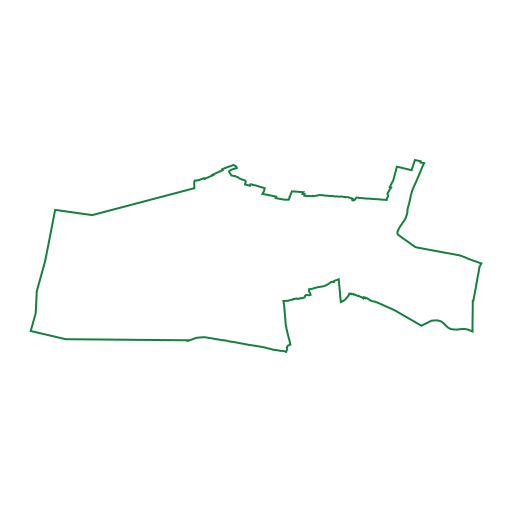 outline of Castricum, Noord-Holland, Netherlands
{"feature_id": "6326949B28698094502949", "entity_name": "Castricum", "entity_type": "district", "adm_level": 2, "iso_a3": "NLD", "parent_name": "Netherlands", "parent_adm1": "Noord-Holland", "projection": "natural_earth1", "projection_center": [4.708, 52.56], "detail": "fine", "context": "isolated", "style": "outline", "palette": "green", "viewbox_px": 512, "rotation_deg": 0, "n_neighbors": 0, "source": "geoboundaries", "source_scale": "gbopen_adm2", "svg_char_len": 5890}
<svg xmlns="http://www.w3.org/2000/svg" viewBox="0 0 512 512"><path d="M414.9,160.1L411.6,170.2L400.1,167.4L398.6,167.1L396.8,166.8L395.9,170.6L393.3,180.2L389.8,187.0L390.5,187.1L391.3,187.5L391.2,187.7L390.7,188.3L390.3,188.7L389.6,189.6L389.2,190.5L389.1,190.9L388.9,191.3L388.7,191.7L387.8,192.7L387.7,193.0L387.5,193.7L387.6,194.3L388.1,195.4L388.2,195.9L388.2,196.2L388.1,196.5L387.5,197.4L387.0,198.3L387.0,198.6L386.8,198.9L386.7,199.9L382.9,199.7L380.0,199.4L374.9,199.1L368.3,198.6L365.7,198.5L362.9,198.2L360.9,198.1L359.5,198.0L358.5,197.7L357.7,197.5L357.4,197.5L357.1,197.5L356.8,197.6L356.2,198.0L355.9,198.3L355.0,199.5L354.1,200.2L352.4,200.4L352.2,199.9L352.1,199.4L352.2,199.2L352.6,198.7L352.4,198.6L350.5,198.0L348.2,197.2L346.8,197.1L345.3,197.1L343.4,196.8L342.1,196.5L339.4,196.7L336.3,196.4L335.5,196.5L334.2,196.3L331.6,195.9L329.4,196.0L327.5,195.7L325.2,195.7L324.0,195.4L322.1,195.1L321.5,195.2L319.3,195.0L318.8,195.1L318.5,195.2L318.0,195.4L315.5,195.8L314.1,196.1L313.7,196.1L312.6,195.8L312.2,196.2L308.3,196.0L304.4,195.8L304.6,194.1L302.6,194.0L303.5,192.2L292.0,191.3L290.3,195.3L289.9,196.4L289.7,196.7L289.8,196.8L288.7,199.7L285.0,199.7L283.5,199.5L281.4,199.2L275.9,198.1L275.6,198.0L276.1,196.6L268.3,195.0L262.5,193.9L263.6,192.0L264.2,190.5L264.3,190.0L264.6,188.1L262.7,187.6L258.6,186.4L257.6,185.9L253.5,185.0L250.6,184.2L250.4,184.3L250.2,184.9L250.1,185.7L250.0,185.8L249.9,185.8L248.3,185.3L245.0,184.4L245.2,183.7L245.4,182.9L245.8,181.6L245.3,180.8L245.0,180.5L241.9,179.4L240.5,178.9L239.5,178.4L238.9,178.0L237.9,177.3L235.2,176.2L231.4,175.5L231.1,174.8L230.1,173.5L229.5,172.6L229.2,171.9L229.1,171.3L229.2,171.2L231.3,169.8L232.0,169.5L235.0,168.5L235.7,168.4L236.1,168.3L236.8,168.0L236.7,167.8L236.2,166.5L235.1,165.8L233.6,165.0L227.1,167.3L223.2,168.8L222.4,169.2L222.2,169.3L222.3,169.6L222.7,170.1L212.5,174.8L213.0,175.2L204.6,178.9L204.2,178.2L199.8,179.7L198.9,180.2L198.6,180.3L198.2,180.1L196.0,180.7L195.5,180.7L194.6,180.6L194.5,180.8L194.3,182.8L194.2,183.5L194.1,184.0L194.2,184.4L194.4,185.3L194.4,185.7L194.3,186.2L194.3,186.9L194.3,188.2L92.2,215.1L55.2,209.9L54.8,211.6L49.8,237.4L45.1,261.3L36.8,291.2L35.7,313.3L30.7,331.0L65.6,339.2L189.3,340.3L189.2,340.4L189.6,340.3L193.0,339.1L195.0,338.3L196.3,337.9L198.3,337.6L201.1,337.4L203.9,337.2L204.7,337.2L209.5,338.0L211.9,338.4L216.6,339.2L218.0,339.5L218.7,339.5L219.2,339.6L221.4,340.1L222.7,340.1L224.5,340.4L225.6,340.5L228.1,341.1L232.0,341.9L233.4,341.9L233.9,342.0L238.3,342.9L238.6,343.0L241.0,343.4L242.0,343.5L245.4,344.2L246.4,344.3L248.0,344.8L249.4,344.9L259.6,346.5L261.5,346.9L262.2,347.1L263.4,347.2L264.8,347.5L267.4,348.2L271.5,349.2L272.1,349.4L273.5,349.8L278.3,350.4L280.2,350.8L283.4,351.0L285.1,351.5L285.8,351.8L286.2,351.9L286.4,351.2L286.9,349.7L287.2,349.0L287.2,348.8L287.1,348.1L286.9,347.8L286.8,347.5L286.9,347.2L287.3,346.6L287.5,346.1L288.2,345.5L288.7,345.3L289.7,345.0L290.4,344.7L289.7,341.7L289.6,341.0L289.6,340.7L289.3,339.9L288.9,338.6L286.4,328.4L286.4,328.1L286.4,327.5L286.3,327.1L286.0,326.5L285.8,325.3L285.1,316.8L285.1,316.3L285.1,315.9L285.1,315.7L285.1,315.4L285.0,315.0L284.9,314.3L284.1,305.2L283.9,303.8L283.7,302.4L283.5,301.5L283.4,301.0L286.4,300.8L287.4,300.9L290.7,300.0L292.2,299.7L292.8,299.4L293.3,299.4L293.4,299.0L293.5,299.0L294.7,298.9L295.7,298.6L296.6,298.5L297.1,298.8L297.6,298.9L298.0,298.9L299.0,298.6L299.8,298.5L300.0,298.4L300.0,298.5L302.2,298.1L303.0,297.8L304.2,297.5L304.5,297.4L304.8,297.0L304.9,296.7L305.1,295.8L305.3,295.6L305.7,295.3L305.8,295.1L309.2,295.2L310.5,294.9L310.2,293.4L310.1,293.1L309.9,292.6L309.4,291.8L309.2,291.5L309.1,290.8L309.1,290.3L309.2,289.3L309.6,289.4L309.9,289.2L310.6,289.1L313.2,288.5L315.3,287.8L318.9,287.0L323.0,286.4L323.9,286.1L326.4,285.2L328.3,284.0L329.7,283.1L329.8,283.0L329.8,282.9L331.2,281.9L332.8,281.9L333.0,282.1L333.3,282.1L333.1,281.8L333.1,281.7L334.2,281.0L334.5,280.8L338.7,279.3L339.4,286.8L340.8,302.0L343.2,301.0L343.2,300.8L344.5,300.1L345.3,299.4L345.7,299.0L347.1,297.4L348.1,296.1L348.5,295.5L349.2,293.8L350.1,293.8L350.6,294.0L350.6,293.8L350.9,293.9L351.1,293.6L353.6,294.5L353.7,294.2L356.4,295.3L358.0,296.0L358.4,295.9L358.7,295.9L359.2,296.2L360.8,297.0L361.5,297.1L362.8,298.1L362.8,297.8L363.0,297.5L363.3,297.3L363.5,297.2L363.7,297.3L363.9,297.4L364.0,297.5L364.1,297.4L364.4,297.3L364.7,297.4L364.6,297.5L364.9,298.1L365.1,298.1L365.4,298.2L365.6,298.3L366.9,298.1L367.5,298.6L368.4,299.0L368.7,299.2L369.9,300.2L371.1,300.8L371.9,301.1L375.1,301.7L376.3,302.1L394.5,310.2L421.4,325.7L431.0,320.9L431.4,320.8L432.6,320.6L435.2,320.4L436.0,320.4L437.3,320.4L437.7,320.5L440.3,321.1L441.2,321.5L441.9,321.9L443.4,323.1L446.8,326.5L447.7,327.3L448.8,328.0L449.5,328.5L450.4,328.9L452.1,329.3L455.9,329.6L457.1,329.6L459.3,329.3L462.5,329.0L464.6,329.0L465.6,329.1L467.1,329.4L468.7,329.9L469.8,330.3L471.1,330.9L472.5,331.5L472.5,324.8L472.7,311.6L472.8,301.0L473.2,301.1L473.4,300.6L473.8,298.2L474.0,297.0L474.3,295.5L474.5,294.6L475.5,289.1L475.6,288.5L476.0,286.6L476.2,284.9L476.3,284.4L476.6,283.0L477.1,280.5L477.2,279.6L477.4,278.8L477.3,278.7L477.4,278.3L477.9,275.7L478.6,272.4L478.8,271.3L478.8,270.3L479.5,267.1L479.8,266.3L481.3,263.4L479.6,262.9L477.7,262.1L472.3,260.3L467.4,258.4L465.2,257.4L460.7,255.7L459.3,255.3L456.6,254.8L450.3,253.6L444.9,252.7L417.6,247.6L416.1,247.3L415.2,246.9L414.2,246.2L411.8,244.6L409.4,242.8L403.5,238.7L399.7,235.9L398.3,235.0L397.7,234.3L397.5,233.6L397.4,232.8L397.4,231.9L399.0,228.5L399.7,227.2L402.9,222.4L404.7,219.9L405.6,218.3L406.3,216.2L406.9,214.3L407.3,212.9L407.5,209.6L407.8,208.1L408.3,206.2L409.0,204.0L409.3,202.7L410.0,199.7L410.3,198.1L410.8,195.7L411.9,191.6L412.4,190.1L414.7,184.7L415.6,182.9L417.9,177.6L420.9,170.4L421.9,168.0L423.6,164.1L424.1,163.1L420.5,162.5L420.6,161.2L414.9,160.1Z" fill="none" stroke="#15803d" stroke-width="2"/></svg>